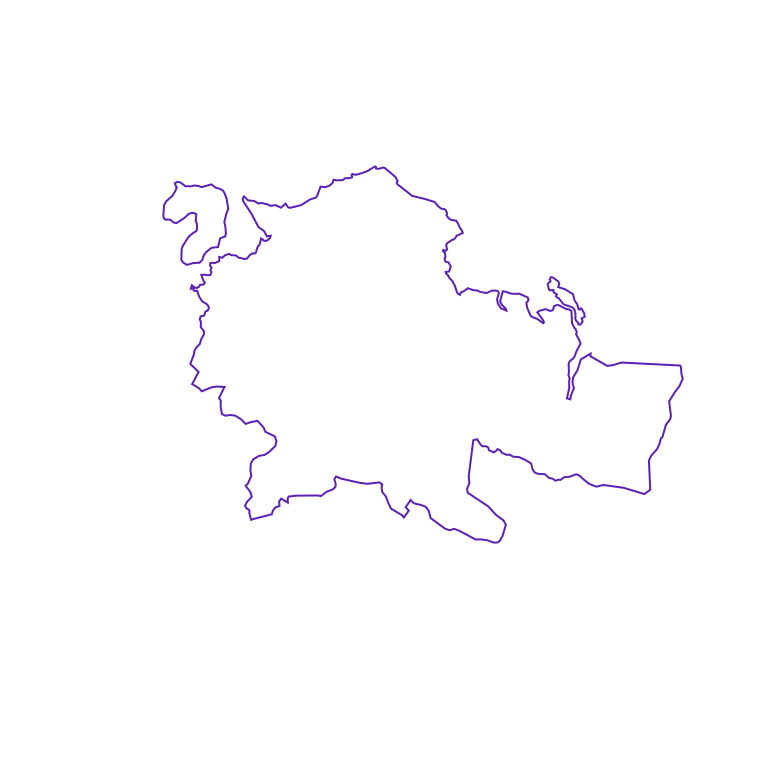 Beluran, Sabah, Malaysia, rotated 301°
{"feature_id": "92858781B11747054778186", "entity_name": "Beluran", "entity_type": "district", "adm_level": 2, "iso_a3": "MYS", "parent_name": "Malaysia", "parent_adm1": "Sabah", "projection": "natural_earth1", "projection_center": [117.451, 6.209], "detail": "fine", "context": "isolated", "style": "outline", "palette": "violet", "viewbox_px": 768, "rotation_deg": 301, "n_neighbors": 0, "source": "geoboundaries", "source_scale": "gbopen_adm2", "svg_char_len": 6168}
<svg xmlns="http://www.w3.org/2000/svg" viewBox="0 0 768 768"><g transform="rotate(301 384 384)"><path d="M279.8,469.8L288.3,470.4L289.5,466.0L298.3,466.6L297.3,470.2L297.5,472.4L299.4,478.1L300.2,483.4L298.1,488.0L293.1,493.0L291.4,510.8L292.5,515.7L296.0,518.7L296.9,523.8L297.9,542.5L300.5,546.7L303.2,552.8L304.5,559.4L306.2,562.5L308.7,564.0L315.0,563.8L326.1,561.0L328.6,556.8L329.5,547.5L332.8,536.3L333.9,511.7L337.1,509.1L342.7,508.4L348.4,504.2L381.8,489.5L384.6,492.2L381.9,497.7L381.3,500.5L382.8,502.9L383.4,504.9L383.1,506.3L381.3,508.0L381.9,513.2L384.3,514.5L386.7,514.9L387.0,518.0L385.8,520.4L386.4,525.5L388.2,528.3L388.2,532.1L390.8,537.2L391.7,544.1L391.7,551.0L387.6,555.1L386.1,557.8L385.8,560.2L386.9,563.6L389.6,568.5L388.6,572.9L388.6,574.6L389.7,577.0L389.4,580.8L391.9,582.9L392.7,584.7L396.9,586.4L400.0,590.8L404.9,594.6L405.9,596.0L406.0,600.0L405.4,601.7L404.1,611.0L405.1,617.8L405.7,619.3L410.4,624.0L418.4,642.7L423.8,663.9L430.5,666.7L454.8,650.5L460.3,650.0L468.7,651.6L474.0,651.1L480.0,649.4L481.9,650.0L494.1,646.7L501.5,647.4L504.6,646.3L516.0,637.3L527.3,637.5L534.1,638.4L542.5,637.3L545.9,633.7L551.7,629.6L552.3,628.2L524.8,576.7L517.8,570.2L514.5,565.9L514.1,546.6L516.5,545.4L506.4,540.0L495.7,542.7L487.1,542.7L483.2,544.4L480.8,546.1L478.4,548.9L469.8,550.3L466.8,551.6L465.9,548.2L476.0,544.8L481.7,541.3L484.4,540.3L486.5,537.6L489.8,536.2L496.0,532.1L498.7,531.4L503.8,533.1L506.4,533.1L511.2,532.1L519.8,531.7L522.5,528.3L525.5,523.1L527.9,522.4L529.7,520.0L530.3,518.0L532.9,513.9L543.1,507.1L543.3,504.7L542.1,501.6L541.5,492.8L540.2,491.0L537.9,489.5L536.4,490.4L533.9,490.4L532.2,488.8L531.4,484.0L526.7,479.4L524.4,478.5L520.8,487.1L519.4,489.3L518.1,489.1L518.7,481.8L517.7,475.7L518.5,473.7L523.4,467.1L527.0,464.2L529.1,464.7L531.0,464.2L532.2,462.7L531.0,453.0L529.9,451.9L526.9,446.4L525.7,440.7L524.6,438.1L514.8,440.9L513.3,442.7L512.0,446.2L511.4,449.5L509.9,451.0L509.1,445.3L511.4,440.5L514.6,437.4L520.8,435.7L522.3,434.1L521.9,432.1L519.4,428.2L514.8,425.1L512.4,418.7L512.4,416.5L510.3,411.7L509.3,406.6L504.2,404.4L502.6,402.9L499.4,403.1L499.6,400.9L500.3,399.2L504.9,393.9L507.6,389.3L508.2,386.4L510.3,382.3L510.5,380.5L511.8,379.2L513.9,381.8L519.2,380.7L521.5,376.5L520.7,374.6L520.9,372.8L523.0,371.3L524.4,371.3L527.6,368.8L528.2,366.2L529.5,365.8L530.1,368.4L531.8,368.8L535.0,365.8L537.1,365.6L542.3,368.0L543.8,369.3L545.7,369.9L548.4,369.9L554.1,373.7L555.4,372.1L557.3,368.0L559.4,365.3L561.2,361.6L559.3,357.4L559.3,354.3L560.8,350.6L562.9,350.2L565.0,347.1L564.8,345.1L563.8,343.1L564.2,339.0L566.1,333.7L563.8,324.2L559.8,311.3L562.1,292.6L563.2,291.1L564.8,291.3L567.4,287.1L569.5,273.9L569.3,272.0L565.5,268.4L564.6,266.2L565.9,265.2L565.7,264.1L557.9,260.1L553.5,256.6L548.9,252.2L547.6,248.7L546.5,248.5L544.8,250.2L543.0,248.9L540.4,244.7L537.5,243.6L533.9,238.1L533.1,235.5L529.7,236.4L525.9,235.1L522.4,232.2L520.5,228.0L510.8,229.8L508.7,229.6L504.1,225.6L494.6,220.8L489.1,215.3L486.6,212.7L486.0,210.9L487.9,206.7L482.0,204.8L481.5,199.0L478.2,194.9L478.0,191.8L476.7,187.6L475.7,185.2L474.0,183.4L474.0,178.4L471.4,172.9L472.7,167.4L471.2,167.2L469.3,167.9L467.7,170.1L461.6,182.8L453.8,195.7L453.4,202.3L450.2,207.6L452.7,210.5L450.4,211.1L446.8,210.0L446.0,209.1L444.9,207.4L445.4,205.4L445.3,203.7L440.3,205.4L435.9,205.2L430.8,206.5L428.9,205.6L428.1,203.7L425.4,202.6L420.9,201.9L418.9,199.5L418.4,196.6L417.6,195.3L417.4,193.8L418.0,191.1L415.7,186.5L415.9,184.3L412.5,181.5L408.8,180.2L408.1,177.3L404.5,179.5L400.5,176.6L399.7,174.7L398.2,172.9L395.9,173.8L394.7,176.4L392.1,176.6L391.1,178.4L388.1,179.1L386.4,176.9L385.4,174.2L383.5,171.2L379.5,176.0L378.9,178.0L377.0,178.2L375.5,177.3L374.5,175.3L371.9,175.3L369.8,174.0L369.2,172.3L369.6,168.5L366.2,169.4L368.1,171.4L366.3,172.5L366.2,173.8L367.7,175.8L363.7,180.6L361.2,185.6L361.2,190.7L360.4,193.3L358.3,195.1L355.9,194.9L354.3,193.6L350.0,194.6L347.5,192.0L344.6,192.7L342.9,195.1L338.3,197.7L336.6,202.3L333.9,204.1L328.9,204.2L323.3,205.5L317.9,204.2L314.6,204.5L311.0,205.9L301.5,207.6L298.8,218.9L285.1,219.6L285.1,227.5L283.9,231.6L292.6,238.1L295.6,241.9L299.4,248.8L286.9,249.8L285.7,252.6L280.4,255.7L274.7,260.6L275.2,264.5L278.2,268.1L280.3,272.8L280.1,280.0L278.5,285.9L282.4,289.2L287.3,294.5L284.7,303.2L281.9,307.0L282.9,317.5L279.5,321.3L275.1,322.8L266.9,320.7L261.5,318.0L258.1,313.9L251.7,310.6L247.0,310.9L241.3,313.9L236.7,317.7L228.2,318.6L225.6,317.7L222.2,325.8L219.1,328.8L212.7,327.3L208.0,327.6L206.5,330.5L206.7,332.9L206.2,333.8L204.1,335.0L198.5,340.7L199.5,340.1L214.5,354.9L218.3,354.0L222.5,354.6L225.6,357.3L229.2,354.6L232.8,354.9L232.8,362.7L236.4,360.3L238.5,360.3L242.9,366.0L254.0,384.1L255.5,387.7L262.2,390.4L267.1,394.2L270.5,395.4L273.3,394.2L276.9,390.4L280.0,390.6L280.8,396.0L286.5,413.3L289.8,421.0L297.3,430.8L297.1,434.1L294.0,435.3L290.6,438.0L288.5,443.6L284.4,448.7L280.8,454.3L280.8,467.1L279.8,469.8ZM451.9,105.7L450.7,102.6L448.6,101.3L446.3,103.7L446.0,105.0L442.4,105.7L436.4,105.7L428.7,103.3L424.2,103.3L415.3,107.8L412.6,109.8L412.3,112.2L414.1,114.6L414.7,116.7L414.1,120.5L415.0,123.2L423.3,127.3L429.3,129.0L431.7,131.1L432.6,132.8L432.9,135.6L426.9,138.6L425.4,140.7L421.5,143.4L418.6,144.5L415.6,142.8L409.9,140.7L398.9,140.4L395.6,141.0L385.8,146.5L384.6,150.0L384.6,153.7L389.4,158.2L392.9,163.3L396.5,164.4L401.0,163.3L405.8,163.7L412.0,166.1L415.9,171.2L424.5,168.5L428.7,171.9L431.7,170.9L437.0,167.1L440.6,163.7L448.3,161.3L454.0,160.3L462.0,153.4L465.0,149.6L466.8,146.5L466.8,143.1L465.6,138.6L466.2,133.2L458.8,126.3L458.2,122.9L456.4,119.1L454.0,116.7L451.3,111.9L451.9,105.7ZM561.6,472.1L559.1,472.1L558.1,473.7L557.2,473.9L555.6,473.0L553.7,473.0L549.9,476.8L549.9,478.3L551.8,480.7L549.9,482.3L549.9,486.0L547.8,486.2L547.3,487.5L547.6,489.3L544.8,496.8L546.7,506.2L545.9,508.9L543.6,511.3L540.4,513.5L538.9,513.9L537.2,516.1L536.6,518.5L535.2,520.1L536.2,521.8L540.0,522.0L542.1,519.6L545.0,521.4L547.5,519.4L550.1,515.0L550.3,513.9L548.8,513.7L548.2,512.4L552.0,508.4L553.6,504.5L558.3,499.8L558.5,490.6L556.8,483.4L560.4,482.5L561.7,480.3L562.3,474.3L561.6,472.1Z" fill="none" stroke="#5b21b6" stroke-width="2"/></g></svg>